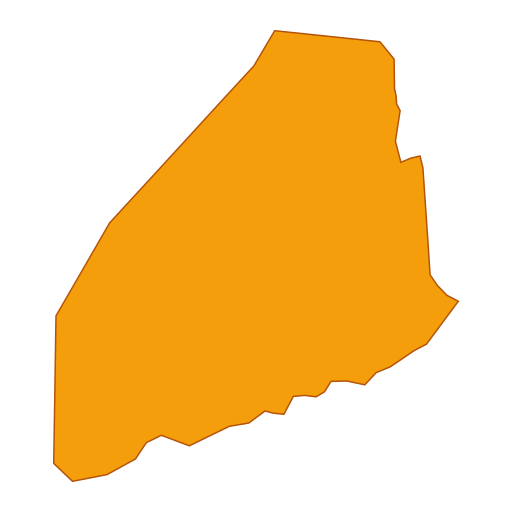 an SVG outline of Hoima
{"feature_id": "UGA-3105", "entity_name": "Hoima", "entity_type": "District", "adm_level": 1, "iso_a3": "UGA", "parent_name": "Uganda", "parent_adm1": "", "projection": "equal_earth", "projection_center": [31.113, 1.442], "detail": "fine", "context": "isolated", "style": "filled", "palette": "amber", "viewbox_px": 512, "rotation_deg": 0, "n_neighbors": 0, "source": "natural_earth", "source_scale": "10m", "svg_char_len": 695}
<svg xmlns="http://www.w3.org/2000/svg" viewBox="0 0 512 512"><path d="M56.0,315.8L74.3,284.2L109.7,222.8L166.4,161.2L223.9,98.4L253.9,65.9L274.7,30.7L380.0,41.8L394.1,59.2L394.5,88.6L396.1,95.9L396.6,104.0L400.1,110.7L395.4,141.2L400.9,162.3L410.7,158.2L420.0,156.0L422.9,167.7L428.2,245.8L430.1,274.9L437.4,285.5L446.9,295.3L458.3,301.3L426.5,344.1L414.3,350.5L390.3,366.8L376.2,372.6L364.8,384.8L346.8,381.0L331.0,381.4L324.5,391.8L316.1,396.8L304.5,395.4L293.3,396.4L283.9,414.3L273.0,413.1L265.0,411.0L248.8,423.0L229.3,426.3L189.3,445.8L161.3,435.3L146.4,442.6L135.4,459.0L107.0,474.6L72.5,481.3L53.7,463.4L54.5,414.2L56.0,315.8Z" fill="#f59e0b" stroke="#b45309" stroke-width="1.5"/></svg>